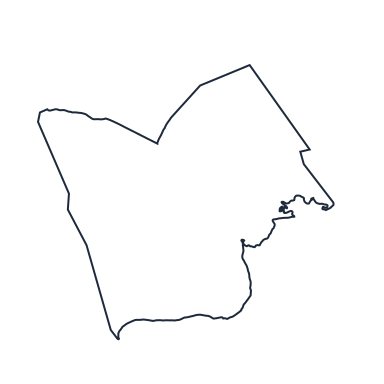 Las Vegas, Santa Bárbara, Honduras (Albers equal-area conic projection), rotated 68°
{"feature_id": "27666195B74712516647149", "entity_name": "Las Vegas", "entity_type": "district", "adm_level": 2, "iso_a3": "HND", "parent_name": "Honduras", "parent_adm1": "Santa Bárbara", "projection": "albers", "projection_center": [-88.037, 14.873], "detail": "fine", "context": "isolated", "style": "outline", "palette": "slate", "viewbox_px": 384, "rotation_deg": 68, "n_neighbors": 0, "source": "geoboundaries", "source_scale": "gbopen_adm2", "svg_char_len": 5865}
<svg xmlns="http://www.w3.org/2000/svg" viewBox="0 0 384 384"><g transform="rotate(68 192 192)"><path d="M258.9,74.6L258.6,69.9L257.5,66.9L257.0,65.7L256.5,65.4L255.9,65.2L255.3,65.0L254.4,65.0L208.1,77.9L195.2,76.5L196.7,67.0L95.9,91.0L96.3,144.5L114.9,182.9L115.7,184.3L117.0,186.1L117.4,186.9L117.8,187.5L118.2,188.2L118.9,189.1L119.5,190.1L121.0,191.9L122.7,193.6L123.4,194.9L124.3,195.9L127.3,199.0L128.9,200.9L130.2,202.6L133.2,205.5L133.7,205.8L134.2,206.0L105.8,230.8L102.3,233.8L97.6,238.1L94.3,241.3L92.8,243.0L91.5,244.5L91.4,246.3L91.0,247.7L90.8,248.6L89.1,252.2L88.0,255.2L87.5,256.2L86.8,257.0L82.5,259.9L80.3,261.2L79.0,262.7L77.6,264.6L77.4,264.9L76.8,265.9L76.2,267.2L75.4,268.6L75.0,269.2L73.3,273.3L72.3,274.4L71.8,275.3L71.1,276.5L69.4,278.3L68.3,279.7L68.0,280.3L67.7,281.0L67.4,281.8L67.1,282.8L66.8,283.6L66.1,284.7L65.8,285.1L65.2,285.5L65.0,285.8L64.1,287.7L63.5,292.2L63.4,292.8L63.1,293.5L62.9,294.0L62.4,294.6L62.0,294.8L61.1,295.2L61.3,303.2L69.3,308.5L147.4,306.7L161.8,313.7L201.8,309.7L289.5,319.0L300.0,316.1L300.6,315.7L301.0,315.2L300.7,314.7L299.7,314.8L298.7,314.6L296.7,313.7L295.7,313.4L294.8,312.6L293.6,311.2L292.8,309.6L290.9,306.8L290.5,304.8L289.8,302.4L289.6,300.8L289.4,296.9L289.4,292.8L289.8,291.2L291.0,288.4L291.6,286.4L291.9,285.2L292.6,283.7L293.7,281.8L294.8,279.8L296.0,278.0L297.1,276.0L297.5,273.4L298.2,271.4L299.1,269.2L300.4,266.7L301.1,264.3L302.3,261.6L303.8,257.8L304.5,256.6L304.7,256.0L305.1,254.2L305.7,252.2L305.8,251.1L305.8,249.6L305.7,248.2L305.6,246.9L305.6,245.9L306.1,244.4L306.5,242.6L306.9,239.9L307.3,237.6L307.5,235.5L307.7,233.9L308.1,232.6L308.7,230.6L309.0,230.1L311.8,225.6L312.1,225.1L312.6,224.0L313.1,223.2L313.8,222.4L314.8,221.5L317.0,219.9L317.3,219.6L317.5,219.3L317.6,218.8L318.3,216.2L318.5,214.9L319.0,212.3L319.3,211.3L319.5,211.0L320.0,210.7L321.0,210.4L321.1,209.6L321.4,208.9L321.9,208.0L322.5,207.4L322.9,206.6L322.7,205.1L322.5,203.8L322.6,202.9L322.8,201.5L322.7,200.1L321.7,195.8L321.4,194.9L321.3,194.2L320.2,190.7L319.7,190.5L319.3,190.2L319.0,189.8L318.8,189.2L318.0,188.2L317.1,187.4L316.4,186.8L315.9,186.4L315.6,186.1L315.2,185.0L312.7,180.8L310.4,177.2L309.8,176.4L309.5,176.2L305.3,174.2L304.5,174.1L303.3,174.2L302.7,174.0L302.1,173.7L301.0,173.0L299.6,172.2L298.2,171.6L296.8,171.2L295.9,171.1L294.5,171.1L293.0,170.8L292.1,170.6L290.5,170.0L289.0,169.7L287.9,169.6L286.4,169.6L284.0,169.2L282.0,169.0L281.1,169.0L280.4,169.0L277.1,169.5L274.9,169.6L273.4,170.0L272.8,170.0L272.0,169.9L271.0,169.7L270.0,169.3L266.7,166.9L266.0,166.4L265.4,166.2L262.0,165.2L261.3,165.0L260.6,164.9L258.6,164.0L257.8,164.0L255.6,164.4L255.3,164.3L255.1,164.1L255.0,163.8L255.0,163.6L255.0,163.3L255.2,163.1L255.8,162.2L256.1,161.9L256.4,161.8L256.6,161.8L257.0,163.1L257.1,163.3L257.3,163.5L258.8,163.5L259.6,163.6L260.4,163.5L260.9,163.3L261.5,162.6L262.4,162.0L262.7,161.7L262.8,161.4L262.6,159.9L262.6,159.6L262.7,159.4L263.1,158.9L263.3,158.8L263.7,158.7L264.0,158.5L264.2,158.2L264.4,157.7L264.6,157.3L266.4,155.1L266.5,154.8L266.6,154.5L266.5,154.3L266.2,153.7L265.7,153.1L265.6,152.9L265.6,152.4L265.7,151.8L265.8,151.0L265.9,150.8L266.3,150.3L266.6,149.8L266.7,149.5L266.7,149.2L266.4,148.9L264.5,146.5L264.0,145.3L263.2,143.8L263.1,143.2L263.0,142.3L263.1,140.9L263.3,139.9L263.2,139.4L262.9,138.8L262.4,138.1L261.3,137.1L260.6,136.4L260.3,135.7L260.0,135.1L259.9,134.7L259.7,134.5L257.9,132.7L257.2,132.0L256.7,131.5L256.4,131.0L256.3,130.3L255.9,129.7L255.3,129.1L254.3,128.2L253.6,127.7L253.1,127.5L252.8,127.4L252.5,127.4L250.4,127.8L249.1,128.0L248.7,127.9L248.4,127.8L248.2,127.6L248.0,127.3L248.0,126.9L248.0,126.7L248.6,124.3L248.9,122.8L249.0,121.2L249.3,120.6L250.2,117.1L251.4,113.8L251.9,112.5L252.6,108.0L252.8,107.4L253.1,107.1L253.2,106.9L253.2,106.6L253.2,106.4L252.6,106.3L252.1,106.6L251.5,107.0L251.2,107.3L250.7,107.4L250.3,107.5L250.0,107.4L249.7,107.3L249.0,106.7L248.3,106.3L248.0,106.3L247.7,106.3L247.2,106.6L246.9,107.0L246.7,107.3L246.5,108.1L246.5,109.4L246.5,110.3L246.7,110.6L246.6,112.4L246.4,113.2L246.2,113.9L245.8,114.3L245.4,114.5L245.2,114.4L245.1,114.1L244.9,114.0L244.5,113.9L244.0,113.9L243.6,113.9L243.5,114.1L243.2,115.3L243.1,116.8L242.9,117.7L242.7,117.9L242.2,117.8L241.7,117.6L240.7,117.0L239.9,116.3L239.8,115.9L239.5,115.2L239.3,114.5L239.3,114.2L239.4,113.8L239.6,113.6L239.9,113.6L240.1,113.6L240.4,113.9L240.6,114.2L240.9,114.7L241.2,115.3L241.5,115.5L241.8,115.4L242.0,115.3L242.2,115.0L242.4,115.0L242.7,114.9L243.1,114.7L243.1,114.3L242.8,113.8L241.5,112.5L240.9,112.0L240.6,111.7L240.9,111.5L241.1,111.4L241.7,111.0L242.4,110.5L242.6,110.1L242.5,109.9L242.1,109.7L241.8,109.7L241.1,109.9L240.4,110.1L239.5,110.6L237.8,111.7L236.2,112.6L235.7,112.7L235.3,112.8L235.0,112.7L234.8,112.5L234.8,112.2L234.9,111.9L235.1,111.4L235.3,111.1L235.8,110.6L236.6,110.1L237.1,109.7L237.6,109.2L238.1,108.6L238.2,108.3L238.3,107.9L238.5,106.6L238.4,106.2L237.8,105.1L237.3,103.8L237.2,103.3L237.2,103.0L237.5,102.3L237.7,101.8L237.8,100.9L237.8,100.3L237.6,100.1L235.9,99.1L235.5,98.8L235.1,98.2L234.8,97.7L234.6,97.1L234.5,96.7L234.6,96.1L235.2,94.6L235.5,94.0L235.8,93.6L236.1,93.2L236.6,92.8L237.6,92.1L239.0,90.7L239.3,90.6L239.7,90.6L240.0,90.7L240.6,91.0L241.0,91.1L242.5,91.2L243.2,91.2L244.2,90.7L245.0,90.3L245.6,89.8L246.0,89.2L246.3,88.5L246.4,87.8L245.2,86.3L244.7,85.6L244.3,84.8L244.2,84.0L244.0,83.6L243.9,83.4L243.7,83.3L243.4,83.6L243.3,84.2L243.2,84.2L242.9,83.7L242.9,83.3L242.9,82.4L243.0,81.8L244.0,82.1L244.7,81.8L245.0,81.7L247.6,81.2L248.4,80.8L249.1,80.3L249.5,79.9L250.9,78.0L251.6,75.8L251.8,75.5L252.4,74.8L253.0,74.2L253.4,73.3L254.0,72.2L254.5,71.8L255.0,71.4L255.3,71.4L256.1,71.8L256.6,72.3L256.7,72.6L256.8,72.9L256.7,73.5L256.4,74.2L254.9,76.1L255.4,76.7L256.4,77.4L256.5,77.4L256.9,77.2L257.8,75.8L258.6,74.8L258.7,74.7L258.9,74.6Z" fill="none" stroke="#1e293b" stroke-width="2"/></g></svg>